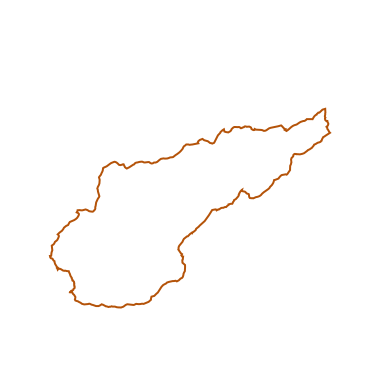 Lesu, Bistrita-Nasaud, Romania, rotated 327°
{"feature_id": "2599482B1126376608356", "entity_name": "Lesu", "entity_type": "district", "adm_level": 2, "iso_a3": "ROU", "parent_name": "Romania", "parent_adm1": "Bistrita-Nasaud", "projection": "robinson", "projection_center": [24.822, 47.307], "detail": "fine", "context": "isolated", "style": "outline", "palette": "amber", "viewbox_px": 384, "rotation_deg": 327, "n_neighbors": 0, "source": "geoboundaries", "source_scale": "gbopen_adm2", "svg_char_len": 6022}
<svg xmlns="http://www.w3.org/2000/svg" viewBox="0 0 384 384"><g transform="rotate(327 192 192)"><path d="M123.9,254.9L126.8,256.0L127.5,256.3L128.2,256.8L129.9,257.5L130.6,258.7L132.8,258.9L135.2,258.4L137.0,258.6L138.2,258.1L139.7,256.8L140.3,256.0L141.5,255.2L142.9,254.5L145.3,251.2L146.4,249.4L145.5,246.1L146.8,243.8L147.4,243.7L149.3,241.4L148.7,241.1L148.6,240.2L149.0,239.5L148.8,239.2L149.8,238.7L149.3,237.3L149.2,232.9L149.6,232.8L150.1,231.7L151.1,230.7L152.1,230.1L156.9,228.6L158.5,227.5L159.7,226.9L163.6,226.5L164.4,226.9L167.8,226.1L169.1,226.1L169.6,226.7L170.4,226.0L171.2,226.3L173.9,226.0L174.6,225.8L175.4,225.1L177.3,224.9L179.1,224.7L179.8,224.4L186.8,223.3L193.5,220.7L199.1,218.1L202.1,219.3L202.6,219.7L202.6,220.8L204.6,220.9L204.9,221.3L207.7,221.3L208.6,221.6L209.6,222.3L211.2,222.5L212.0,222.9L212.4,223.2L214.3,222.8L215.6,222.8L215.9,222.3L218.1,223.0L219.4,223.8L220.0,223.5L220.9,222.8L222.1,222.4L222.9,221.7L224.2,221.8L225.0,221.8L228.2,220.9L229.3,220.4L229.8,219.6L230.3,219.3L230.6,219.3L230.9,218.9L232.9,217.9L234.8,217.4L235.1,217.4L234.4,218.0L234.4,218.4L236.5,220.5L236.8,221.2L237.0,222.6L237.1,223.0L238.4,224.6L238.2,225.4L237.3,227.3L237.2,228.0L237.3,228.6L239.0,230.0L239.5,230.2L240.0,230.7L242.7,231.1L244.5,231.8L246.4,232.2L248.3,232.1L249.8,231.6L252.0,231.3L257.6,231.1L259.2,230.8L260.3,230.2L262.7,229.7L264.8,228.8L265.8,228.1L267.4,226.7L268.3,227.1L271.6,227.8L272.1,227.8L272.5,227.5L275.3,226.7L276.6,226.7L280.2,228.2L280.8,229.0L281.7,228.9L286.2,227.0L286.7,226.2L288.2,224.1L288.5,223.6L290.5,222.3L290.9,221.7L291.5,221.3L292.8,218.7L294.0,217.7L295.2,217.5L296.4,217.1L297.1,216.2L298.4,215.9L299.1,216.1L299.4,216.5L300.1,216.9L300.4,217.4L300.9,217.6L303.0,219.2L305.4,220.1L307.2,220.5L311.4,220.2L311.8,220.0L314.1,220.3L315.1,220.2L316.3,220.3L319.5,219.3L320.2,218.8L321.8,219.1L323.1,219.1L324.5,219.2L325.9,219.7L327.2,219.9L328.1,219.5L328.6,219.6L329.6,218.7L332.0,217.4L333.3,217.6L334.3,217.5L340.0,217.5L339.8,216.6L340.0,213.9L339.9,212.7L340.5,211.5L340.3,210.6L342.0,210.3L343.2,209.4L343.6,208.8L343.7,208.5L343.7,207.5L344.2,206.2L343.4,205.8L343.2,205.3L343.0,204.0L343.6,202.7L344.4,202.3L344.4,201.5L344.7,200.8L346.0,199.5L346.6,198.5L347.1,198.1L349.0,194.8L346.3,194.0L342.1,194.8L341.2,194.2L340.2,194.5L339.4,194.5L338.6,195.0L338.0,194.8L336.3,195.0L334.7,195.6L332.8,196.6L328.0,193.4L326.6,193.7L325.3,193.7L324.9,193.6L324.1,193.1L321.4,192.4L320.0,192.3L316.5,192.4L314.1,191.7L312.4,191.5L310.5,191.6L306.7,192.2L304.5,192.3L303.6,190.4L304.6,190.2L304.3,189.9L303.8,188.7L303.2,185.2L303.0,184.7L300.1,183.8L292.9,181.0L291.4,180.6L288.0,180.7L286.8,180.5L285.6,179.9L285.2,179.4L284.9,178.7L283.8,177.6L279.7,174.6L278.9,173.3L278.5,173.7L278.4,174.0L277.8,173.9L277.1,173.4L276.2,171.7L276.6,170.1L276.3,169.4L275.6,168.3L273.4,167.1L272.8,166.3L272.1,165.8L271.4,165.7L270.9,165.9L269.2,165.4L268.5,165.5L267.6,165.0L267.3,163.7L266.8,163.1L265.7,162.5L264.6,161.7L263.0,160.6L262.1,160.4L261.1,160.5L259.3,160.9L258.4,161.6L257.3,161.9L254.9,161.8L253.1,160.2L252.1,158.9L252.9,156.8L251.2,156.8L248.5,157.3L247.8,157.8L244.6,158.6L237.9,162.5L237.1,162.8L236.3,162.6L235.3,162.4L235.1,161.9L233.9,160.8L232.9,158.0L230.4,155.2L229.7,153.2L226.9,152.6L225.1,152.8L223.9,153.5L223.8,154.6L218.3,152.4L215.5,151.0L214.8,150.1L213.0,149.0L211.5,149.3L210.6,149.2L209.3,149.6L207.6,150.7L205.0,151.5L203.0,151.9L200.3,152.1L198.3,152.1L195.2,152.4L194.4,152.1L192.5,151.1L190.8,150.8L189.2,150.3L187.3,149.1L186.4,148.3L184.0,147.3L182.0,147.4L179.3,147.8L177.6,147.5L176.2,146.6L174.8,146.6L173.8,146.2L173.5,146.0L172.8,144.9L172.4,143.7L171.7,143.1L168.6,141.6L167.8,141.0L166.9,139.6L165.9,138.9L164.2,138.1L162.3,137.5L161.3,137.0L160.2,136.8L158.4,137.3L157.7,137.1L152.8,137.1L150.1,136.8L149.7,136.0L149.3,134.7L149.7,131.5L148.7,131.0L148.4,131.1L146.5,130.4L145.6,129.5L145.2,127.5L144.7,126.0L143.7,124.6L143.0,124.3L140.1,123.7L138.7,123.7L134.4,124.0L131.3,123.5L130.8,123.6L130.3,123.9L130.2,123.8L128.8,125.4L128.0,126.0L126.1,127.1L125.1,127.9L122.9,128.6L122.0,129.0L121.2,131.5L119.0,134.4L117.6,135.5L115.9,136.4L114.4,137.6L114.3,138.6L113.4,140.4L112.0,145.1L111.3,145.6L109.2,146.5L106.0,148.5L103.5,151.3L102.7,151.9L101.9,153.2L101.2,153.8L98.6,154.5L97.8,154.3L96.7,153.4L95.3,152.1L94.5,150.3L93.3,148.7L90.2,147.7L89.0,147.0L88.1,146.1L86.1,145.0L85.6,145.6L84.2,146.3L85.0,147.5L85.2,148.4L85.2,148.8L84.8,149.4L84.0,150.0L81.7,151.1L79.9,151.4L77.9,151.4L73.2,150.6L71.8,151.2L70.2,152.2L68.0,151.9L65.2,152.2L63.8,153.0L61.8,153.7L58.8,153.9L56.3,154.4L56.5,155.0L56.5,156.1L56.2,156.7L54.4,158.0L53.0,158.8L52.2,159.0L49.9,159.2L48.5,160.1L47.5,160.5L45.2,160.6L43.5,164.0L43.2,164.7L41.3,166.2L40.0,167.7L39.8,168.1L39.1,168.8L38.5,168.8L38.0,168.4L37.5,169.7L37.6,170.7L38.4,171.6L38.7,172.6L38.5,173.8L39.0,175.2L38.5,176.0L38.1,177.5L38.0,177.9L37.9,181.2L38.1,181.9L37.3,182.1L37.4,182.9L37.1,184.0L38.6,183.5L39.1,184.4L39.5,184.6L40.1,185.5L41.1,187.7L42.2,188.7L42.7,188.8L44.1,190.3L45.5,191.3L45.1,192.8L45.0,194.0L44.4,196.2L44.4,198.6L44.0,199.1L44.0,200.6L43.5,201.1L44.0,202.0L44.1,203.0L43.4,204.7L43.0,204.9L42.5,206.3L42.1,206.5L42.0,206.9L42.0,207.6L41.2,208.6L40.0,208.7L39.1,209.4L38.6,209.5L36.8,209.1L36.5,209.2L36.1,209.6L35.2,209.4L35.0,209.6L35.6,210.1L36.9,210.7L36.7,212.6L37.1,214.1L37.0,216.6L36.3,217.4L35.2,218.4L35.1,219.5L37.0,221.9L37.4,222.9L38.2,224.1L38.8,225.8L40.2,227.4L40.6,227.7L43.9,229.4L44.7,229.6L45.3,230.0L46.5,231.9L47.3,232.7L49.4,235.4L51.5,236.8L53.2,237.0L55.1,237.0L55.4,237.5L55.9,238.0L57.6,241.1L58.0,241.3L59.4,243.0L60.4,243.3L61.1,243.8L62.4,244.1L62.9,244.8L64.9,246.1L66.2,247.7L67.3,248.6L69.3,250.0L69.5,250.2L72.0,250.8L74.9,250.6L76.6,250.9L81.2,254.7L81.9,255.1L84.2,255.4L86.3,257.1L87.6,257.8L89.3,258.5L90.5,259.5L95.8,260.5L98.9,260.0L99.5,259.1L101.0,257.7L103.8,258.6L106.4,258.0L108.6,257.7L114.8,254.9L117.3,254.3L120.6,254.6L121.7,254.3L123.9,254.9Z" fill="none" stroke="#b45309" stroke-width="2"/></g></svg>